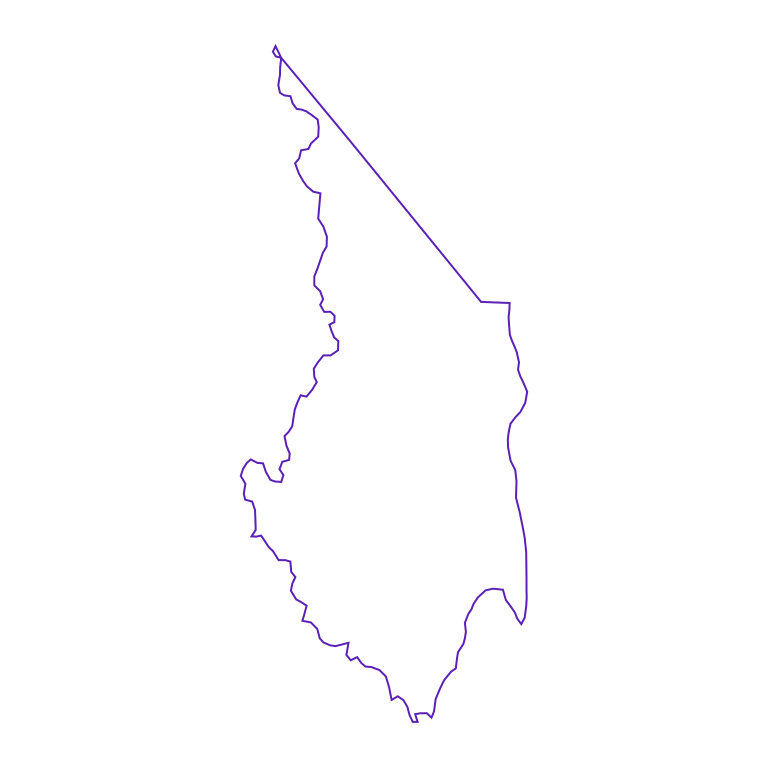 São José dos Basílios, Maranhão, Brazil (Equal Earth projection)
{"feature_id": "56859067B27394431743409", "entity_name": "São José dos Basílios", "entity_type": "district", "adm_level": 2, "iso_a3": "BRA", "parent_name": "Brazil", "parent_adm1": "Maranhão", "projection": "equal_earth", "projection_center": [-44.586, -5.014], "detail": "fine", "context": "isolated", "style": "outline", "palette": "violet", "viewbox_px": 768, "rotation_deg": 0, "n_neighbors": 0, "source": "geoboundaries", "source_scale": "gbopen_adm2", "svg_char_len": 2468}
<svg xmlns="http://www.w3.org/2000/svg" viewBox="0 0 768 768"><path d="M509.6,303.0L481.1,301.9L351.4,142.6L281.2,57.8L280.2,67.0L280.0,74.8L278.3,85.1L280.0,92.8L284.2,95.4L290.4,96.2L292.7,103.5L296.7,108.9L301.6,109.6L306.3,111.3L311.5,114.9L317.7,119.6L318.7,127.2L318.2,136.7L311.0,143.5L308.4,149.0L301.1,150.3L299.2,158.3L295.1,163.3L298.9,173.6L303.3,181.3L307.0,186.4L313.3,191.7L320.4,193.3L319.8,200.3L318.9,210.3L318.2,218.6L323.4,226.7L326.9,236.7L326.6,246.5L322.9,252.7L320.0,261.2L317.4,268.7L314.3,276.5L314.3,285.5L320.1,291.1L323.1,299.2L320.2,304.9L324.2,311.9L330.4,311.8L334.6,315.8L334.3,322.2L329.4,324.6L331.6,331.2L334.3,337.6L338.3,341.0L338.0,350.3L330.6,355.4L323.4,355.4L317.9,362.3L313.8,368.7L314.3,377.0L316.8,382.1L312.0,390.0L306.5,396.6L300.6,395.3L297.4,402.4L294.8,409.4L293.5,417.7L292.2,426.4L288.7,431.8L284.5,436.1L286.5,445.8L289.7,453.5L289.1,459.9L282.3,461.8L279.5,469.2L283.4,475.1L281.3,481.9L275.1,481.5L270.4,479.9L265.9,471.9L263.0,463.3L257.5,462.9L250.8,459.5L246.8,462.9L242.9,469.2L240.8,475.9L245.4,483.8L243.8,493.6L245.1,499.6L252.2,501.6L255.0,510.0L255.5,522.2L255.7,529.9L251.5,536.4L256.3,536.6L261.1,535.6L265.2,541.6L268.7,547.1L272.9,551.0L278.6,560.1L285.2,560.1L290.4,561.6L291.2,571.8L295.4,577.1L292.4,583.4L290.9,590.8L296.2,599.4L301.6,602.4L306.6,605.7L304.1,615.1L302.4,620.8L310.8,622.4L317.2,628.8L319.8,638.4L323.4,642.4L330.4,645.4L335.6,646.1L348.5,642.8L346.4,654.9L350.7,660.3L357.1,657.1L361.4,663.1L365.4,666.5L371.5,667.1L379.5,670.1L385.9,676.5L389.1,687.3L391.6,699.9L397.8,696.3L403.5,700.2L407.5,707.2L409.4,714.6L412.7,721.9L417.6,721.9L415.2,714.2L420.1,713.3L426.8,713.2L431.5,717.6L434.0,711.5L435.7,698.9L440.4,687.8L444.1,680.2L451.1,671.6L455.8,668.4L457.0,658.4L458.0,652.2L463.3,644.1L464.9,638.4L465.9,631.9L464.9,622.8L468.2,614.2L471.4,609.4L473.6,603.8L477.9,597.4L485.5,590.4L493.0,588.7L502.9,589.7L505.9,600.1L511.1,607.0L515.0,612.8L517.3,618.7L521.3,624.1L524.7,617.7L526.2,606.4L526.7,598.4L526.5,590.8L526.5,578.3L526.2,552.3L524.7,537.9L522.7,527.0L519.7,512.2L516.0,497.6L516.5,481.2L515.3,470.2L510.6,460.8L508.1,447.5L507.8,439.5L508.8,431.5L510.5,423.7L515.8,416.8L520.3,412.1L525.2,403.0L527.2,391.7L523.2,382.3L520.2,376.1L518.0,369.7L519.0,362.3L516.7,352.0L514.3,346.0L511.9,340.6L509.9,335.0L509.1,325.6L508.6,316.9L509.4,310.2L509.6,303.0ZM272.9,51.7L275.8,56.4L281.2,57.8L275.5,46.1L272.9,51.7Z" fill="none" stroke="#5b21b6" stroke-width="2"/></svg>